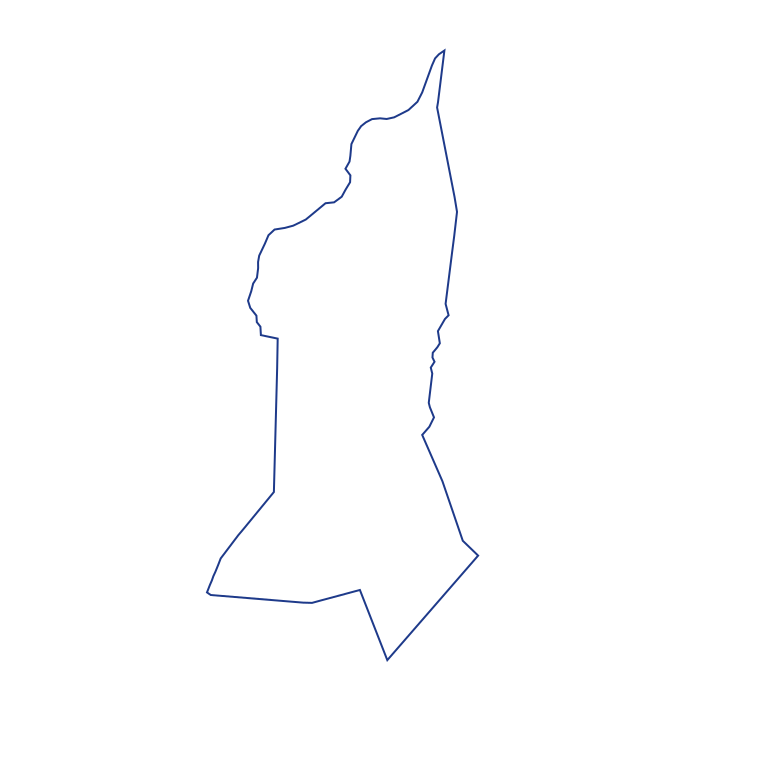 Campo Largo do Piauí, Piauí, Brazil, rotated 47°
{"feature_id": "56859067B64351752657769", "entity_name": "Campo Largo do Piauí", "entity_type": "district", "adm_level": 2, "iso_a3": "BRA", "parent_name": "Brazil", "parent_adm1": "Piauí", "projection": "robinson", "projection_center": [-42.593, -3.868], "detail": "fine", "context": "isolated", "style": "outline", "palette": "blue", "viewbox_px": 768, "rotation_deg": 47, "n_neighbors": 0, "source": "geoboundaries", "source_scale": "gbopen_adm2", "svg_char_len": 1197}
<svg xmlns="http://www.w3.org/2000/svg" viewBox="0 0 768 768"><g transform="rotate(47 384 384)"><path d="M200.3,265.4L208.5,266.3L213.3,271.2L215.6,279.4L218.2,287.2L217.1,296.6L211.9,303.5L210.4,329.0L206.3,342.4L202.2,350.1L196.4,358.7L196.4,367.0L200.1,375.3L205.0,387.7L208.9,392.9L213.4,397.0L219.6,404.4L221.3,411.2L225.6,417.8L230.4,426.7L237.1,429.9L247.0,430.7L252.0,434.8L257.8,435.3L264.3,440.7L278.3,430.8L299.5,451.3L387.9,538.2L394.2,585.4L395.2,593.7L400.2,622.4L403.3,628.8L406.4,635.5L408.2,639.9L410.3,643.9L412.2,648.3L415.7,655.6L420.2,654.6L488.7,592.3L495.0,585.9L499.3,577.7L518.2,542.1L588.2,569.9L573.7,432.2L552.4,433.3L495.0,407.6L447.3,390.8L446.2,380.0L442.5,370.2L432.3,366.3L428.3,364.1L409.3,341.6L403.9,338.6L402.2,331.9L397.7,330.5L394.4,327.0L393.5,319.9L392.3,315.4L382.1,308.5L378.0,295.0L377.8,289.9L367.4,284.3L334.9,245.3L323.8,231.9L307.9,213.2L295.4,204.9L218.0,156.6L214.8,152.4L181.3,112.4L180.3,119.0L180.7,124.6L183.8,131.8L196.8,157.2L200.4,167.1L200.3,179.3L195.9,194.7L192.0,201.3L187.0,205.7L182.1,212.1L180.3,218.7L179.8,224.8L181.0,230.5L186.3,244.2L194.2,253.0L197.8,257.5L200.3,265.4Z" fill="none" stroke="#1e3a8a" stroke-width="2"/></g></svg>